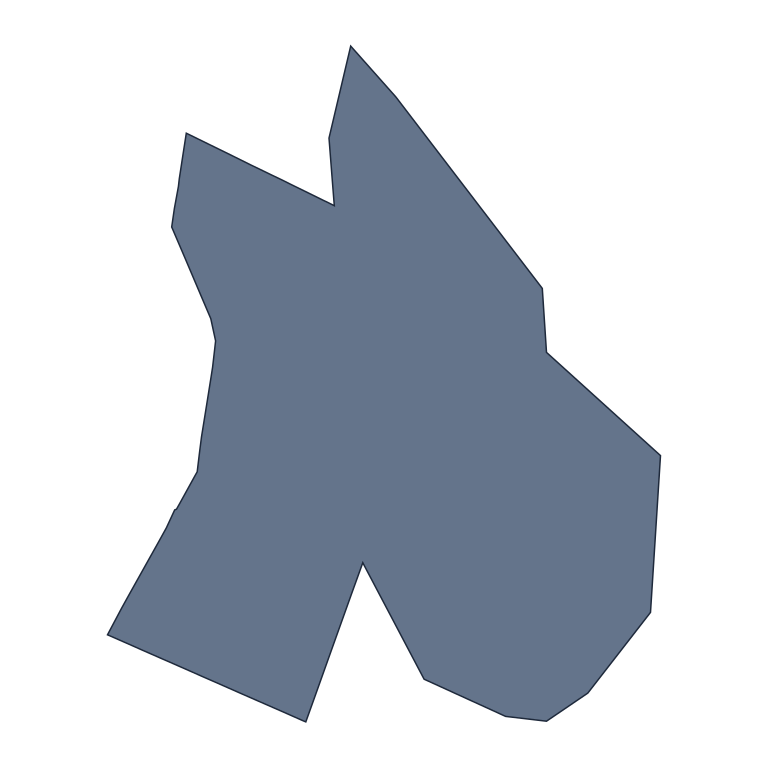 the district of San Martín de los Cansecos, Oaxaca, Mexico
{"feature_id": "50627088B42113519243267", "entity_name": "San Martín de los Cansecos", "entity_type": "district", "adm_level": 2, "iso_a3": "MEX", "parent_name": "Mexico", "parent_adm1": "Oaxaca", "projection": "robinson", "projection_center": [-96.733, 16.659], "detail": "fine", "context": "isolated", "style": "filled", "palette": "slate", "viewbox_px": 768, "rotation_deg": 0, "n_neighbors": 0, "source": "geoboundaries", "source_scale": "gbopen_adm2", "svg_char_len": 1006}
<svg xmlns="http://www.w3.org/2000/svg" viewBox="0 0 768 768"><path d="M650.5,612.4L660.5,455.6L546.5,352.4L542.3,288.4L395.9,97.0L350.7,46.1L329.0,138.1L332.7,185.5L333.8,199.5L334.3,205.7L326.5,201.8L323.9,200.6L290.1,184.0L281.9,179.9L271.4,174.9L266.7,172.6L250.3,164.7L233.4,156.3L208.1,143.9L186.3,133.2L182.8,155.8L180.1,173.5L179.3,178.7L178.4,186.6L174.4,208.4L171.7,227.0L185.1,258.3L200.7,295.0L210.8,318.7L215.6,340.9L214.8,348.1L212.6,367.2L211.0,377.5L208.3,394.5L204.8,416.4L201.5,436.9L199.6,451.8L197.2,471.8L194.9,475.9L180.3,502.4L176.5,509.2L174.7,509.9L172.0,515.7L166.4,527.8L158.6,541.9L148.3,560.3L128.9,595.0L121.6,608.2L107.5,634.8L135.5,647.1L142.2,650.1L151.8,654.3L163.2,659.3L181.5,667.3L192.6,672.2L201.4,676.1L211.7,680.6L242.1,694.0L289.4,714.7L290.5,715.2L302.7,720.6L305.8,721.9L313.3,701.0L321.9,676.9L332.3,647.7L351.1,595.1L362.8,562.7L364.8,566.6L424.1,679.2L505.6,716.4L546.5,721.2L587.8,693.1L650.5,612.4Z" fill="#64748b" stroke="#1e293b" stroke-width="1.5"/></svg>